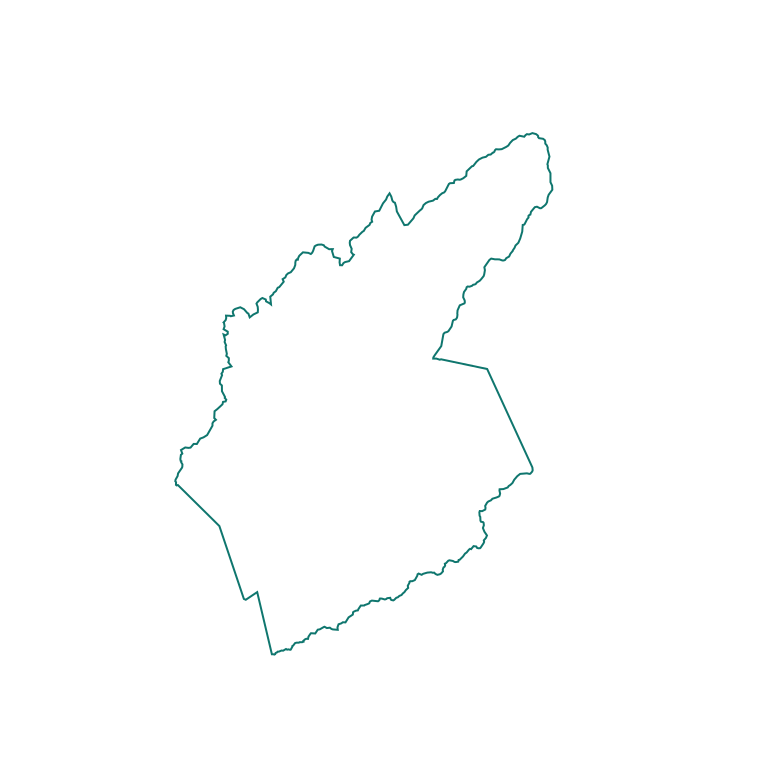 the district of Santa María, Catamarca, Argentina, rotated 27°
{"feature_id": "61730980B13734740101485", "entity_name": "Santa María", "entity_type": "district", "adm_level": 2, "iso_a3": "ARG", "parent_name": "Argentina", "parent_adm1": "Catamarca", "projection": "natural_earth1", "projection_center": [-66.174, -26.722], "detail": "fine", "context": "isolated", "style": "outline", "palette": "teal", "viewbox_px": 768, "rotation_deg": 27, "n_neighbors": 0, "source": "geoboundaries", "source_scale": "gbopen_adm2", "svg_char_len": 6150}
<svg xmlns="http://www.w3.org/2000/svg" viewBox="0 0 768 768"><g transform="rotate(27 384 384)"><path d="M444.8,140.6L445.8,134.5L443.8,131.0L440.7,128.6L436.6,120.6L431.9,117.1L430.7,114.8L429.8,114.0L428.2,106.3L423.4,100.9L422.5,99.0L420.6,97.4L418.6,96.6L417.5,94.6L416.5,93.7L414.4,93.3L410.5,94.6L409.2,94.0L408.8,93.1L408.0,92.7L406.0,92.3L402.3,93.1L400.0,95.8L397.9,96.5L397.1,98.0L396.7,100.0L392.0,101.3L390.9,103.1L390.1,105.5L388.0,108.2L386.9,111.9L386.5,115.1L385.3,117.2L382.3,121.3L379.9,122.8L377.2,124.0L376.7,125.4L376.9,126.9L376.4,128.2L375.9,128.5L374.9,131.1L372.9,132.4L371.7,135.3L369.0,137.6L366.7,140.8L365.5,144.1L364.5,149.2L363.5,150.1L361.1,157.0L362.8,161.2L361.2,164.7L359.5,167.0L358.4,167.8L357.0,168.2L354.9,169.7L354.4,170.7L355.0,173.2L351.7,175.1L351.0,176.3L351.0,184.6L350.5,186.2L349.3,187.5L348.1,190.2L347.3,193.1L347.2,195.1L345.7,195.7L344.4,198.4L341.0,201.3L339.2,203.7L338.0,206.6L338.3,210.1L338.0,211.4L337.3,212.8L334.8,219.9L335.0,223.0L333.0,231.2L330.0,233.2L317.1,224.4L314.3,220.5L311.4,217.5L309.9,217.6L308.2,216.8L305.4,213.7L302.4,211.6L301.8,215.5L302.1,218.7L301.1,223.5L301.1,231.8L297.6,234.4L297.4,240.3L298.3,243.2L299.8,244.8L298.7,246.7L298.9,248.8L296.7,253.2L296.5,256.8L295.7,258.1L294.3,262.1L293.9,264.5L293.1,266.0L290.4,267.3L288.7,271.8L289.4,273.8L290.7,275.7L293.8,278.2L294.9,281.4L297.3,282.5L298.4,282.5L297.1,290.4L294.0,293.0L293.0,294.6L292.8,297.2L290.9,298.1L289.2,295.8L287.7,292.3L281.6,293.6L277.3,289.1L277.1,287.1L273.9,288.8L268.7,288.5L267.4,287.7L265.0,288.1L262.0,289.8L260.6,291.3L259.7,292.8L260.4,297.5L260.4,299.7L259.8,301.4L257.1,301.5L252.0,303.5L250.3,308.2L250.3,310.5L250.8,312.3L249.8,312.6L249.9,313.1L249.3,313.9L249.8,315.9L250.9,318.2L251.3,321.8L250.2,326.7L248.3,329.0L247.5,331.2L247.7,333.8L246.1,336.6L248.2,338.4L246.7,345.2L245.6,346.5L245.5,350.4L244.3,352.8L244.4,354.6L243.0,357.8L247.2,364.4L245.3,364.0L241.4,363.9L240.3,362.4L236.6,362.6L235.5,364.3L234.0,368.9L233.9,370.3L236.4,372.5L238.0,375.1L239.0,377.5L236.1,381.3L234.1,385.6L231.2,382.8L230.0,382.8L225.3,380.9L221.1,380.9L217.4,384.6L216.4,386.3L216.4,388.1L217.2,389.4L219.2,391.1L216.7,393.2L215.9,393.1L212.2,394.8L213.5,396.9L213.9,399.0L213.1,402.0L213.7,402.2L215.8,405.0L216.2,408.0L221.0,408.3L222.0,410.2L220.7,412.6L218.6,412.7L222.4,416.9L222.9,418.9L225.8,421.3L225.8,422.3L227.2,424.6L230.3,428.5L230.7,430.5L234.0,431.4L235.2,433.8L235.4,435.3L240.1,437.6L233.9,443.8L234.8,446.3L234.5,448.7L235.7,449.6L236.3,455.9L237.7,458.2L240.2,458.9L242.9,464.0L248.3,467.8L248.4,468.7L250.6,469.6L250.8,471.4L248.7,473.0L249.3,475.4L246.8,482.2L245.4,485.2L248.2,491.4L250.5,492.2L249.2,494.7L249.0,496.9L250.1,499.0L249.6,509.8L247.4,513.5L245.0,516.1L244.5,522.4L241.6,523.8L240.5,528.5L238.8,529.7L235.7,530.8L233.1,535.0L235.9,537.6L235.2,539.3L236.6,543.3L237.7,544.8L238.5,544.8L238.9,545.9L240.9,547.1L241.9,549.4L242.0,550.4L241.1,557.1L241.9,559.8L241.7,563.8L242.2,565.4L243.3,565.9L244.4,568.3L245.3,568.5L246.2,567.6L301.8,585.3L356.7,639.1L358.8,639.0L365.5,627.0L406.8,675.7L408.2,675.0L409.1,674.9L409.7,674.1L409.5,673.4L409.6,672.8L410.5,671.8L410.7,670.8L411.8,670.2L413.7,668.0L415.2,667.4L417.0,664.6L418.3,664.7L419.2,663.9L421.1,663.4L421.5,663.0L421.6,660.0L421.3,659.1L421.8,658.4L422.4,655.2L423.6,654.1L425.6,653.1L426.0,652.4L428.2,651.3L429.3,650.1L428.7,649.6L429.6,647.3L430.4,646.3L432.0,645.6L431.4,643.3L431.9,639.7L432.1,639.2L436.0,637.5L436.5,633.0L438.2,631.7L440.8,627.7L441.2,627.3L443.9,627.4L446.4,625.7L448.4,626.1L449.8,625.9L454.4,624.0L453.0,621.9L452.6,618.7L454.6,616.7L455.5,615.0L457.9,613.9L458.4,608.0L460.9,603.6L460.1,601.5L460.2,600.9L461.9,598.7L463.5,597.6L463.4,596.0L463.9,591.9L467.0,590.3L467.1,589.8L469.3,587.5L470.4,586.1L470.2,584.2L471.5,582.5L477.3,580.3L478.0,578.9L477.7,577.1L478.1,576.8L479.5,576.2L482.6,575.6L483.6,574.6L484.1,573.4L486.6,571.7L487.9,572.9L488.6,573.1L490.5,572.6L491.1,571.7L492.0,568.9L493.2,567.7L493.9,565.8L495.4,564.1L495.8,562.2L496.7,560.1L497.0,557.8L498.1,554.7L496.8,553.0L496.9,549.4L496.5,548.7L496.9,547.8L498.7,546.9L500.5,544.7L500.7,539.7L500.3,538.3L500.9,537.2L504.2,536.9L505.0,535.4L508.2,532.4L511.4,530.4L513.3,530.0L514.3,529.3L516.2,529.9L518.2,529.8L520.1,528.2L520.9,526.9L521.6,524.2L520.6,522.7L520.4,521.2L520.3,520.4L520.9,519.3L520.9,518.0L519.8,516.5L520.6,515.5L521.5,512.3L522.3,511.4L525.7,510.4L527.6,510.5L528.8,510.1L530.8,508.6L530.4,506.9L531.2,506.3L531.6,505.1L532.7,501.8L533.2,498.3L534.1,496.7L534.9,493.0L535.5,491.8L536.6,491.6L537.4,487.8L540.0,486.9L541.4,487.8L542.7,487.5L544.1,486.7L544.4,485.9L545.0,480.7L544.9,479.2L543.9,478.0L544.7,474.9L544.5,472.2L540.5,470.0L537.5,467.4L537.1,464.5L535.7,462.4L534.9,462.1L533.0,462.7L532.0,462.0L530.1,458.7L529.0,458.0L527.2,455.0L527.0,453.7L529.2,452.7L531.2,449.9L530.7,448.3L529.5,446.7L529.7,442.9L530.3,441.3L532.1,439.1L532.7,437.0L535.8,434.0L537.4,432.1L537.7,431.2L537.2,428.9L535.3,426.6L534.8,425.3L538.1,423.4L541.2,420.0L541.4,418.3L542.4,416.6L543.4,413.9L543.5,410.1L544.6,405.6L546.1,402.3L551.9,398.7L554.3,398.1L555.1,397.5L555.8,394.7L555.6,393.3L554.1,391.0L469.1,323.8L423.6,336.1L422.7,337.0L419.1,337.6L416.3,339.0L415.9,337.9L416.1,335.6L417.8,324.2L414.3,312.6L414.7,310.8L416.7,308.9L417.4,307.7L418.1,302.1L416.7,296.4L417.0,295.3L418.6,293.9L418.9,292.3L418.8,291.2L418.0,288.9L417.4,288.1L416.1,285.0L415.8,279.5L419.1,275.6L418.9,274.4L417.9,272.9L415.2,270.8L414.1,268.2L413.5,265.7L414.1,261.9L413.7,260.3L414.2,259.2L416.1,258.4L417.8,256.6L418.4,255.1L419.8,254.0L420.4,253.0L420.6,251.5L422.4,248.6L423.0,246.5L423.8,242.6L423.5,240.8L422.2,236.7L420.4,234.4L421.6,225.6L422.6,223.6L426.1,222.6L430.2,220.6L433.4,220.2L434.6,219.6L435.6,218.4L435.8,216.4L437.6,213.6L437.5,210.4L438.3,207.0L438.1,206.6L438.5,203.3L438.3,200.9L439.6,197.2L439.3,192.5L438.0,185.5L435.4,179.3L436.5,178.4L436.7,177.7L436.7,172.2L437.2,170.1L436.4,168.7L436.7,167.6L437.5,166.6L436.8,163.9L438.1,158.0L439.8,156.6L443.2,156.6L444.3,155.9L446.2,151.8L446.7,150.0L446.7,147.9L445.2,143.5L444.8,140.6Z" fill="none" stroke="#0f766e" stroke-width="2"/></g></svg>